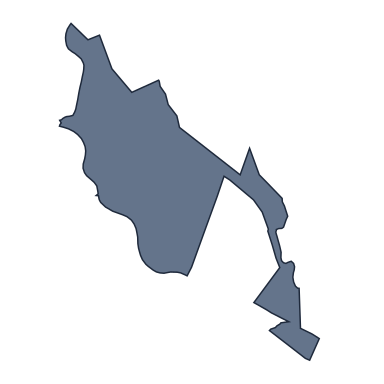 Marchand, Castries, Saint Lucia, rotated 186°
{"feature_id": "8701671B76853731017795", "entity_name": "Marchand", "entity_type": "district", "adm_level": 2, "iso_a3": "LCA", "parent_name": "Saint Lucia", "parent_adm1": "Castries", "projection": "equal_earth", "projection_center": [-60.985, 14.004], "detail": "fine", "context": "isolated", "style": "filled", "palette": "slate", "viewbox_px": 384, "rotation_deg": 186, "n_neighbors": 0, "source": "geoboundaries", "source_scale": "gbopen_adm2", "svg_char_len": 2268}
<svg xmlns="http://www.w3.org/2000/svg" viewBox="0 0 384 384"><g transform="rotate(186 192 192)"><path d="M50.1,59.5L57.7,63.3L70.5,68.0L69.9,68.0L75.4,107.4L76.9,107.4L79.3,109.2L81.5,113.1L82.8,117.8L82.7,122.5L82.2,125.2L82.2,128.4L83.5,131.6L86.1,133.5L89.3,132.0L91.1,130.8L93.6,131.2L95.7,133.0L96.7,135.9L97.1,141.4L99.0,147.0L99.6,148.6L101.1,152.3L102.8,156.7L103.8,159.0L104.5,161.0L104.1,162.6L104.2,163.5L102.0,164.7L98.9,165.2L97.3,166.6L95.4,174.7L94.3,177.9L98.6,187.7L101.1,191.6L101.7,195.1L119.0,209.6L126.9,216.1L139.3,241.5L145.9,214.1L211.2,254.9L215.0,266.1L224.8,276.4L228.6,286.6L234.7,293.7L236.2,298.8L236.9,299.7L262.3,284.8L284.5,306.1L300.4,338.3L311.4,332.5L329.9,347.0L330.8,345.5L332.4,342.2L333.0,340.9L333.9,336.2L333.9,332.3L333.6,330.5L333.3,329.0L332.4,326.0L332.1,324.9L331.0,323.1L329.8,321.4L328.2,320.4L325.8,318.9L322.7,317.4L318.7,314.7L316.9,313.4L316.1,312.8L313.6,309.0L312.7,306.7L312.5,302.8L312.6,299.8L313.1,295.5L313.6,289.9L314.3,284.8L314.5,282.8L314.9,278.5L315.3,271.9L315.9,266.2L316.2,262.6L316.8,260.1L317.1,259.1L318.5,255.7L321.8,254.5L324.6,253.9L325.6,253.4L326.2,253.1L327.5,252.1L328.3,251.5L328.9,250.7L329.3,250.2L331.1,249.5L329.3,247.0L330.4,245.1L330.7,243.6L326.6,243.0L321.4,241.9L315.9,239.8L311.7,237.2L307.5,233.5L305.0,229.8L303.0,225.9L302.0,221.7L301.9,217.6L302.2,213.8L303.1,208.5L302.8,204.2L300.9,200.0L298.5,197.2L294.2,194.2L290.3,191.4L287.3,188.1L285.9,183.4L285.1,180.4L286.9,178.5L284.6,178.5L283.9,176.0L283.4,174.6L282.5,173.2L281.6,172.0L279.5,170.4L276.4,168.0L268.8,164.6L264.7,163.6L258.6,162.1L254.1,160.7L249.3,157.7L246.2,154.1L243.8,149.8L242.6,146.0L241.3,141.5L240.4,134.9L239.3,130.6L237.9,126.9L236.5,123.5L234.2,119.5L230.3,115.3L227.8,113.5L222.5,110.3L219.1,108.8L215.3,108.2L211.4,108.3L207.4,109.5L204.9,110.2L202.1,110.4L198.4,110.7L194.9,110.4L189.9,108.8L188.1,108.1L184.6,117.1L176.3,150.8L166.4,190.6L161.8,211.0L155.8,208.0L130.0,190.6L120.1,179.4L112.2,163.1L112.5,161.0L106.7,147.8L101.5,135.0L96.8,126.0L118.9,88.5L116.8,87.6L105.4,82.6L100.4,80.1L90.0,76.1L87.9,75.3L82.2,73.1L89.9,71.2L90.8,69.8L93.5,67.8L94.9,65.9L99.4,63.8L100.5,62.3L69.1,42.9L61.9,38.4L57.4,37.0L54.1,47.2L50.1,59.5Z" fill="#64748b" stroke="#1e293b" stroke-width="1.5"/></g></svg>